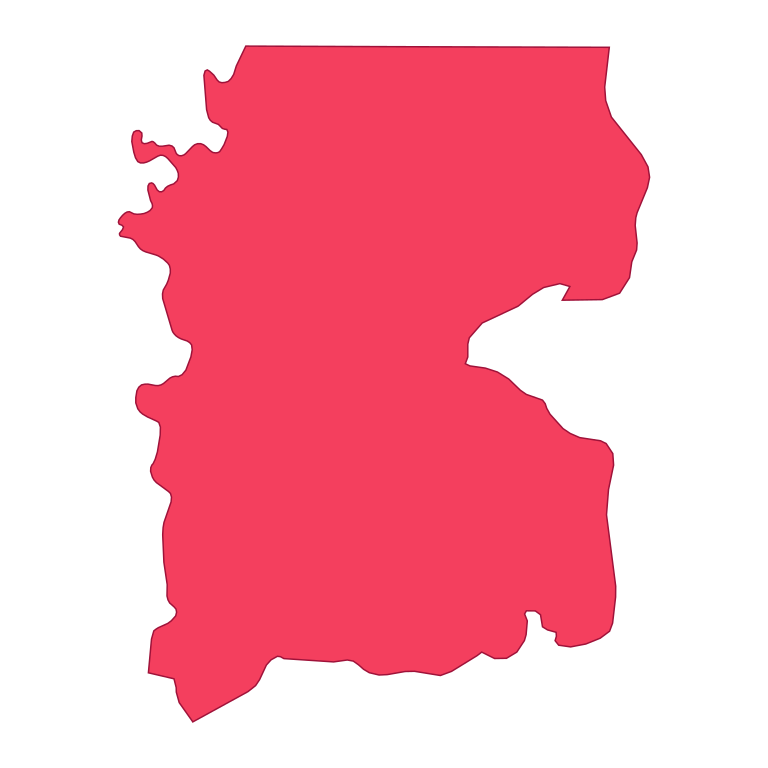 outline of Gabú
{"feature_id": "GNB-777", "entity_name": "Gabú", "entity_type": "Region", "adm_level": 1, "iso_a3": "GNB", "parent_name": "Guinea-Bissau", "parent_adm1": "", "projection": "albers", "projection_center": [-14.296, 12.118], "detail": "fine", "context": "isolated", "style": "filled", "palette": "rose", "viewbox_px": 768, "rotation_deg": 0, "n_neighbors": 0, "source": "natural_earth", "source_scale": "10m", "svg_char_len": 3835}
<svg xmlns="http://www.w3.org/2000/svg" viewBox="0 0 768 768"><path d="M629.3,278.0L619.6,293.2L602.4,299.6L562.3,300.2L569.9,286.5L559.9,283.6L543.7,287.5L532.5,294.3L518.2,306.1L482.2,323.0L469.3,337.8L467.8,344.1L467.8,357.0L465.3,363.7L469.9,365.9L485.4,368.1L497.4,372.0L508.7,379.0L520.3,390.2L526.3,394.4L542.5,400.1L545.2,403.7L546.7,408.3L550.0,414.2L563.0,428.6L570.1,433.4L579.7,437.6L600.6,440.8L606.2,443.6L612.8,453.6L613.6,465.1L608.5,489.6L606.5,514.8L615.7,586.2L615.6,597.0L612.6,623.1L609.6,631.2L600.2,638.2L585.8,644.0L570.6,646.9L558.7,645.2L555.1,640.7L556.4,636.2L556.1,632.3L547.5,629.9L542.5,626.8L540.5,614.7L535.3,610.9L526.4,610.8L524.6,614.0L527.3,620.9L526.1,634.7L524.4,640.6L516.8,652.1L506.5,658.3L494.6,658.5L481.7,652.1L477.0,655.7L451.5,671.4L440.4,675.5L414.5,671.3L405.1,671.5L387.3,674.6L379.0,675.0L369.3,672.7L363.6,669.3L358.5,664.8L353.3,661.1L347.3,660.0L333.6,661.9L283.9,658.6L280.5,656.7L277.4,656.3L271.1,659.8L266.4,665.0L259.6,679.6L255.6,685.6L248.0,691.6L192.8,721.9L192.7,721.7L179.2,702.6L176.3,692.1L176.2,687.6L174.0,678.8L148.4,672.8L151.5,639.1L153.8,630.9L155.8,629.3L158.3,627.7L167.8,623.4L171.3,620.8L175.7,615.9L176.6,612.2L176.0,609.1L174.1,606.9L169.7,603.0L168.0,599.9L167.0,596.0L167.2,584.6L163.9,562.3L162.7,534.7L163.1,527.7L164.0,522.4L171.1,501.9L171.5,497.1L170.5,493.5L168.5,491.5L156.4,482.6L154.1,480.1L152.4,477.1L150.6,471.3L150.8,467.6L151.9,465.0L153.1,463.7L155.2,459.3L157.4,452.0L160.2,435.1L160.4,427.1L158.8,422.4L156.4,421.0L147.6,417.0L142.7,414.1L140.1,411.9L137.8,408.8L135.8,402.9L135.8,397.6L136.9,390.8L138.8,387.2L141.5,384.9L144.6,384.2L148.0,384.1L155.3,385.5L158.2,385.6L161.0,384.9L163.5,383.5L169.9,378.1L172.5,376.8L175.4,376.2L178.4,376.5L182.1,374.7L185.9,370.1L190.9,356.9L192.2,349.8L191.6,344.9L189.7,342.6L187.2,341.0L181.1,338.9L178.4,337.5L176.0,335.8L174.2,333.9L172.9,332.1L172.1,330.3L162.7,298.6L162.5,293.9L163.3,290.0L166.7,284.1L168.3,280.2L170.3,273.1L170.3,269.0L169.4,265.4L167.7,263.0L163.3,259.0L158.3,255.9L155.7,254.9L145.7,251.9L142.8,250.6L140.4,248.9L138.4,246.6L135.1,241.6L133.0,239.5L130.3,238.1L120.5,236.2L119.6,234.9L119.5,233.5L120.0,232.7L121.0,231.5L122.5,229.6L123.5,226.9L121.9,225.2L119.2,224.2L118.4,222.2L119.0,219.9L120.7,217.5L122.6,215.3L124.8,213.3L127.1,212.0L129.4,211.7L133.9,213.9L137.1,214.3L140.5,214.1L144.1,213.5L147.4,212.2L150.1,210.5L152.3,207.7L152.5,205.7L152.1,203.6L150.6,200.6L147.9,190.1L148.0,186.0L149.3,183.5L151.6,182.9L153.0,183.5L154.5,185.1L157.2,190.0L159.3,191.7L161.6,191.8L163.8,190.5L165.4,188.1L167.6,186.3L170.6,184.9L173.7,183.9L177.3,180.6L178.4,177.1L178.3,173.3L177.2,170.3L175.7,167.5L167.8,158.5L165.6,156.6L163.1,155.4L160.4,155.2L157.7,156.2L149.5,160.9L146.7,162.1L143.8,162.9L140.4,162.9L137.8,161.6L135.5,157.8L133.8,152.2L131.8,141.5L132.3,136.0L133.7,132.1L136.2,130.7L139.1,130.6L141.8,133.0L142.0,136.1L141.3,140.0L142.0,142.7L144.3,143.7L147.2,143.3L152.0,141.4L153.3,141.8L154.9,143.1L156.6,145.1L159.2,146.2L162.5,146.2L169.1,145.2L172.0,146.0L174.0,147.8L176.1,153.1L177.1,154.4L178.9,155.6L181.3,155.8L183.8,155.0L185.6,153.7L192.4,146.6L194.6,144.8L197.5,143.7L200.8,143.7L203.6,144.8L206.0,146.6L210.0,150.5L211.8,151.8L212.9,152.5L215.7,152.9L217.4,152.7L218.5,152.3L219.7,151.6L221.7,148.7L224.1,144.6L227.3,136.4L227.9,132.1L226.8,129.5L224.7,129.2L222.3,128.4L218.4,124.4L212.5,122.2L210.3,120.3L208.7,117.7L206.6,109.7L203.9,75.3L205.1,71.0L207.3,69.9L209.5,71.2L213.8,75.1L217.2,80.1L219.2,82.0L221.9,82.7L225.1,82.4L228.3,81.4L231.1,78.6L233.7,74.4L236.3,66.0L245.8,46.1L399.8,46.7L609.3,47.3L604.7,87.1L605.7,100.6L611.4,117.1L641.3,154.6L648.0,166.9L649.6,177.3L647.4,187.7L637.1,212.7L635.8,217.7L635.2,225.5L637.1,243.0L636.6,250.0L631.8,261.8L629.5,277.7L629.3,278.0Z" fill="#f43f5e" stroke="#9f1239" stroke-width="1.5"/></svg>